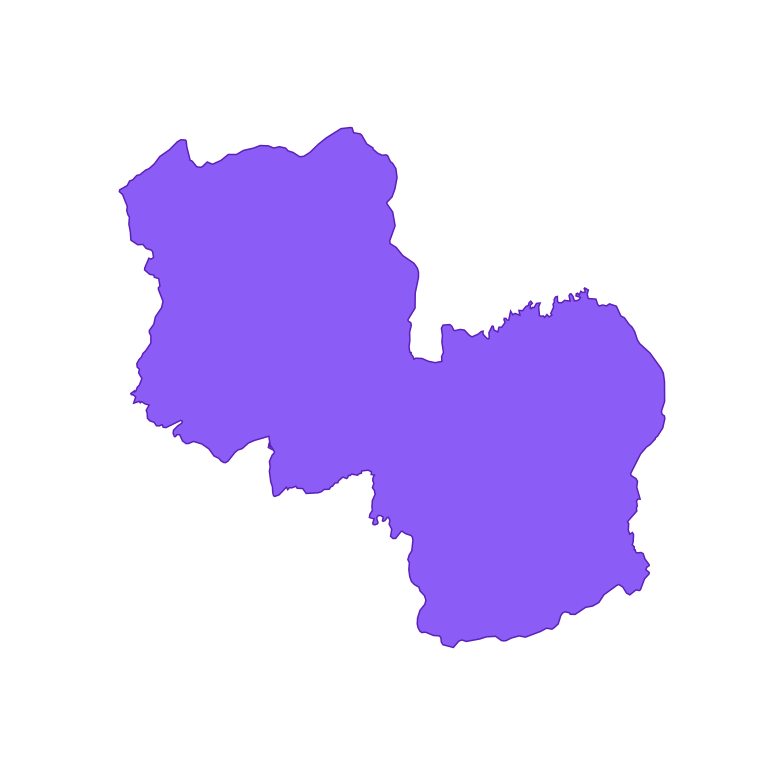 the district of El Peñón, Santander, Colombia, rotated 191°
{"feature_id": "7082276B75718828984625", "entity_name": "El Peñón", "entity_type": "district", "adm_level": 2, "iso_a3": "COL", "parent_name": "Colombia", "parent_adm1": "Santander", "projection": "equal_earth", "projection_center": [-73.929, 6.097], "detail": "fine", "context": "isolated", "style": "filled", "palette": "violet", "viewbox_px": 768, "rotation_deg": 191, "n_neighbors": 0, "source": "geoboundaries", "source_scale": "gbopen_adm2", "svg_char_len": 6145}
<svg xmlns="http://www.w3.org/2000/svg" viewBox="0 0 768 768"><g transform="rotate(191 384 384)"><path d="M93.0,230.9L91.1,242.3L87.5,248.3L87.8,249.7L91.5,251.7L91.1,254.1L89.1,256.2L89.2,257.2L94.5,262.1L97.3,267.0L99.7,267.6L103.7,266.4L105.1,267.5L105.7,269.1L106.7,269.0L107.3,272.0L109.6,273.5L109.3,276.8L110.3,283.8L111.8,285.6L114.1,283.5L116.3,287.2L117.2,293.8L118.7,295.3L111.6,307.5L112.6,310.4L112.1,312.6L113.8,317.3L112.8,319.5L110.6,319.9L116.2,330.8L116.6,336.9L118.6,339.2L123.9,341.3L124.8,343.1L118.8,364.3L114.3,372.2L111.3,375.3L107.2,381.8L107.4,382.8L105.6,384.9L102.0,394.0L101.7,403.5L102.6,406.1L105.2,407.3L106.5,410.0L105.2,420.4L109.1,439.8L111.9,448.0L115.3,452.5L128.9,465.2L140.7,472.4L143.6,475.5L147.9,483.2L151.4,487.2L154.8,489.3L160.7,494.9L164.5,496.0L170.7,504.7L178.0,505.7L180.5,503.1L184.3,503.3L187.7,501.7L189.3,502.7L192.2,507.8L199.8,506.9L201.7,511.0L201.3,515.2L205.2,516.6L205.7,515.9L204.2,513.5L204.2,512.3L206.9,511.8L208.5,512.6L209.3,508.7L211.3,510.1L212.4,509.3L212.4,507.1L207.7,506.5L208.3,504.4L210.0,502.9L213.0,502.0L215.2,506.1L217.7,508.3L218.7,507.7L219.2,506.1L217.2,500.9L222.7,500.6L224.9,497.8L227.7,497.1L229.4,498.1L230.5,503.0L232.3,502.1L233.1,499.3L232.4,496.9L233.3,494.6L232.2,491.8L233.8,485.0L232.3,483.6L234.7,481.4L237.3,483.3L239.0,480.0L240.6,481.2L242.9,480.4L244.5,481.0L246.9,489.3L246.2,493.3L249.7,492.2L251.2,487.6L252.9,487.6L253.9,486.0L254.8,486.1L255.4,489.2L253.7,491.5L255.7,493.3L257.0,491.6L257.4,488.5L259.4,487.3L262.0,482.4L265.6,482.0L263.7,477.5L268.9,478.3L270.9,476.6L273.6,479.7L273.8,470.6L275.2,470.2L276.8,471.6L278.5,471.4L278.5,470.0L276.9,467.4L279.3,462.2L282.0,461.7L282.2,456.8L286.4,458.0L287.7,461.4L288.9,461.5L290.8,454.4L289.5,449.3L290.2,448.2L292.0,448.6L296.4,451.9L296.8,454.8L298.5,454.1L301.1,450.9L306.7,447.0L309.7,448.2L315.4,452.3L319.6,452.1L324.6,449.9L325.8,450.1L328.4,453.6L330.7,454.9L337.3,453.1L338.3,449.7L335.9,442.8L335.2,436.3L331.7,426.4L332.7,421.8L331.5,417.3L337.8,414.7L345.0,414.8L351.5,416.3L357.8,415.4L359.4,414.1L360.9,416.7L363.1,418.4L363.3,420.1L364.7,420.1L366.5,425.2L366.9,431.4L368.7,439.7L368.4,446.9L369.5,449.3L372.2,450.4L372.8,451.6L368.0,464.4L370.7,479.2L370.5,495.2L371.5,500.5L373.5,504.2L377.6,508.2L390.2,513.7L398.1,520.4L404.8,523.0L405.7,525.6L403.3,541.5L408.3,554.5L415.7,561.7L415.9,562.7L411.8,569.2L410.5,577.6L410.6,589.2L413.4,597.6L417.8,602.4L420.1,603.5L424.1,608.9L425.7,609.3L429.5,608.2L434.4,609.4L439.5,612.4L440.0,613.7L446.8,616.4L453.4,624.1L455.1,625.0L461.8,624.9L464.1,629.3L465.7,629.4L474.9,626.5L487.4,614.8L493.9,607.2L500.9,597.2L506.2,592.2L510.2,591.0L517.2,593.9L522.8,594.6L525.5,596.8L531.9,597.0L537.2,594.6L543.0,595.7L551.0,594.5L556.8,590.8L566.5,586.5L572.5,581.2L580.6,579.6L586.8,572.3L594.3,567.0L599.9,568.2L603.6,562.9L605.4,561.7L609.2,561.5L614.9,566.2L617.0,566.7L622.8,579.1L624.5,584.7L625.4,585.6L630.0,585.0L633.1,582.3L639.3,573.0L647.5,564.5L651.4,556.3L655.7,550.6L658.8,548.5L663.6,542.8L666.5,541.6L669.6,536.5L672.5,534.7L673.9,529.8L680.5,524.2L680.5,522.3L676.8,520.1L669.8,509.2L669.7,505.4L667.8,501.5L665.8,499.3L664.9,492.2L662.0,484.8L659.9,476.9L652.3,473.7L647.3,475.0L643.4,471.7L637.8,471.0L636.3,469.5L634.4,464.3L636.3,462.2L638.8,462.6L641.0,452.4L640.8,450.3L634.8,446.9L630.8,447.0L629.8,445.0L625.2,444.4L622.6,437.3L623.8,435.6L623.6,434.0L616.7,423.0L616.9,416.5L621.2,406.3L621.4,398.7L624.5,391.9L624.3,390.0L622.0,386.7L620.7,379.7L624.1,371.4L626.4,368.1L627.2,364.2L629.2,361.1L630.5,356.7L629.5,353.5L626.9,351.9L627.0,348.2L622.7,343.1L624.0,336.1L625.6,333.7L626.1,330.2L627.1,328.8L627.6,329.7L630.7,326.4L630.0,325.3L628.1,325.5L625.3,323.9L626.1,317.4L620.9,320.3L619.7,319.0L618.5,320.4L614.5,318.8L610.5,318.6L612.4,312.9L610.8,309.9L609.7,305.2L606.9,303.2L602.3,302.5L599.4,299.6L596.5,300.0L594.0,301.8L592.5,299.4L589.7,299.6L576.9,309.3L575.3,309.3L574.8,308.4L575.2,306.8L578.4,303.6L581.8,298.5L581.6,295.3L579.7,292.4L578.6,292.6L577.6,294.8L574.8,295.2L571.0,289.7L566.9,287.7L564.3,288.4L560.0,291.3L551.4,290.4L543.5,286.9L537.1,280.9L531.9,279.5L529.1,277.3L526.2,276.4L524.6,276.5L522.4,278.5L517.4,288.1L514.9,291.3L510.9,293.5L505.8,300.2L500.4,303.9L487.1,310.7L484.2,302.7L482.5,300.6L484.6,301.3L484.8,300.6L484.9,303.4L485.5,303.6L485.4,299.6L481.3,298.3L481.1,299.3L478.8,296.6L478.5,295.6L480.2,292.9L481.7,286.0L479.9,280.8L479.9,276.6L476.6,266.6L473.9,261.7L472.5,256.2L471.1,253.2L469.7,252.8L465.8,255.2L460.1,264.1L458.3,261.9L457.1,264.2L454.6,264.5L451.0,266.8L449.4,265.1L443.8,265.8L439.5,261.7L427.8,264.7L424.8,266.4L422.8,269.0L417.6,270.3L416.6,272.9L415.0,273.9L413.2,277.5L410.5,278.2L410.1,280.3L406.6,284.8L402.7,284.1L401.8,285.1L401.5,287.4L399.8,287.7L398.6,289.4L392.6,289.4L391.4,291.1L389.2,292.1L389.3,294.4L383.0,296.4L379.6,295.4L379.3,292.7L376.0,292.8L376.9,289.7L376.6,287.0L375.0,284.6L375.6,280.0L372.8,277.3L372.4,275.3L371.5,274.6L373.2,267.5L372.4,261.0L371.3,257.8L373.0,253.4L372.9,250.2L368.0,249.7L368.5,245.4L367.9,244.1L366.1,244.0L363.7,245.5L363.4,246.8L365.8,251.1L364.4,253.9L361.8,254.2L359.3,253.1L359.5,249.5L358.7,249.0L357.1,250.0L355.2,253.7L354.2,253.9L352.3,251.5L352.2,247.4L348.7,242.9L348.5,235.7L345.5,234.0L343.1,234.7L339.0,242.6L338.1,242.9L334.6,241.3L328.5,240.4L326.9,239.1L325.8,236.1L324.9,225.5L326.6,221.2L327.1,216.2L325.0,213.3L324.2,206.5L322.0,199.9L319.4,195.4L316.0,193.0L310.9,191.2L309.1,187.7L303.9,184.0L301.6,179.7L301.9,175.4L305.5,168.7L306.4,160.7L305.6,154.8L304.1,151.3L301.6,148.3L299.6,147.2L295.9,148.3L287.5,146.6L281.3,147.3L279.7,145.6L278.5,141.6L276.4,139.3L265.6,138.6L261.5,145.9L258.7,147.6L254.1,147.0L241.3,152.0L235.3,155.3L226.4,157.6L219.8,154.6L218.0,154.6L215.3,155.3L210.6,158.9L203.3,162.5L196.9,162.5L183.1,171.0L177.8,175.3L172.4,175.4L170.6,177.1L167.2,181.7L166.3,190.2L165.1,193.1L163.1,194.9L158.6,194.8L157.2,193.5L152.4,194.3L143.4,203.3L137.1,205.7L134.6,207.7L131.4,210.5L127.9,219.1L117.1,230.7L115.3,232.0L112.7,231.0L110.7,230.1L106.0,225.0L102.5,223.9L97.3,230.0L94.2,229.9L93.0,230.9Z" fill="#8b5cf6" stroke="#5b21b6" stroke-width="1.5"/></g></svg>